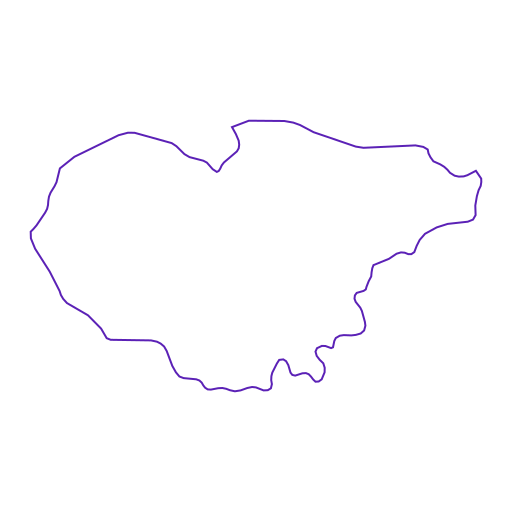 the County of Salaj
{"feature_id": "ROU-300", "entity_name": "Salaj", "entity_type": "County", "adm_level": 1, "iso_a3": "ROU", "parent_name": "Romania", "parent_adm1": "", "projection": "mercator", "projection_center": [23.232, 47.144], "detail": "fine", "context": "isolated", "style": "outline", "palette": "violet", "viewbox_px": 512, "rotation_deg": 0, "n_neighbors": 0, "source": "natural_earth", "source_scale": "10m", "svg_char_len": 2170}
<svg xmlns="http://www.w3.org/2000/svg" viewBox="0 0 512 512"><path d="M475.9,170.8L481.2,178.6L481.3,182.0L480.7,185.9L478.6,190.2L476.9,196.1L475.3,205.5L475.6,215.1L473.0,219.6L467.8,221.7L447.7,223.9L436.7,227.4L425.0,233.8L419.7,239.9L416.7,245.8L414.3,252.1L411.4,254.1L408.2,254.1L404.7,252.7L401.0,252.4L396.6,253.7L389.0,258.8L373.5,265.1L372.3,268.2L371.6,272.2L371.2,276.5L368.7,281.2L366.5,286.8L365.8,289.4L363.6,290.9L356.7,292.9L354.9,295.4L354.5,298.7L355.7,301.9L360.3,307.7L361.9,311.0L364.9,321.9L365.4,325.7L364.1,330.5L360.7,333.5L355.8,334.9L351.3,335.4L343.8,335.1L339.8,335.7L335.8,338.0L334.3,341.0L333.0,347.3L331.1,348.1L325.4,346.0L321.9,345.9L317.0,348.2L315.5,351.6L316.7,355.9L319.7,359.8L323.3,363.3L324.7,367.8L324.6,372.3L321.7,379.3L318.7,381.5L315.5,381.7L313.2,379.5L311.0,376.6L308.7,374.2L305.9,373.1L302.4,373.3L295.2,375.6L292.3,374.9L290.5,372.6L288.3,365.1L286.1,361.2L283.3,359.4L279.2,359.9L276.9,363.5L272.3,372.6L271.4,376.1L271.2,380.1L271.9,384.1L270.9,388.3L267.8,390.2L263.6,390.4L255.9,387.4L252.1,387.0L247.3,388.0L240.6,390.4L234.9,391.3L229.9,390.2L226.2,388.8L222.4,388.0L218.2,388.2L210.9,389.6L207.7,389.4L205.1,387.7L203.3,385.4L201.7,382.6L199.4,380.5L196.2,379.3L183.6,378.1L179.4,376.5L175.9,372.3L172.3,365.9L166.7,351.0L164.1,346.5L160.7,343.6L157.0,341.7L151.0,340.4L110.7,339.8L106.7,338.2L101.1,328.6L88.0,315.3L67.0,303.1L63.2,298.9L60.9,295.0L59.6,291.0L49.7,271.6L35.1,248.7L30.9,238.4L30.7,231.7L33.5,228.9L36.5,225.4L45.1,212.7L47.1,208.9L48.0,205.1L48.3,200.9L49.0,196.6L50.6,192.6L54.5,186.3L56.5,182.2L59.9,168.4L74.4,156.8L118.6,135.2L128.0,132.7L134.6,132.8L171.7,143.1L176.4,146.2L184.4,154.1L189.5,157.1L203.3,160.7L206.9,162.6L212.7,169.2L216.8,171.9L218.7,171.0L220.2,168.7L221.7,165.4L223.9,162.5L236.9,151.4L238.7,148.3L239.2,144.7L238.7,140.7L235.9,134.1L232.0,127.1L248.9,120.7L284.3,121.0L293.3,122.6L300.0,125.0L313.6,132.2L355.8,146.6L363.5,147.8L415.4,145.4L423.3,146.9L427.7,149.5L428.5,153.4L430.5,157.3L433.4,161.3L440.3,164.4L444.2,166.8L447.4,169.7L450.0,172.8L454.6,175.7L458.8,176.6L463.7,176.4L467.4,175.2L475.9,170.8Z" fill="none" stroke="#5b21b6" stroke-width="2"/></svg>